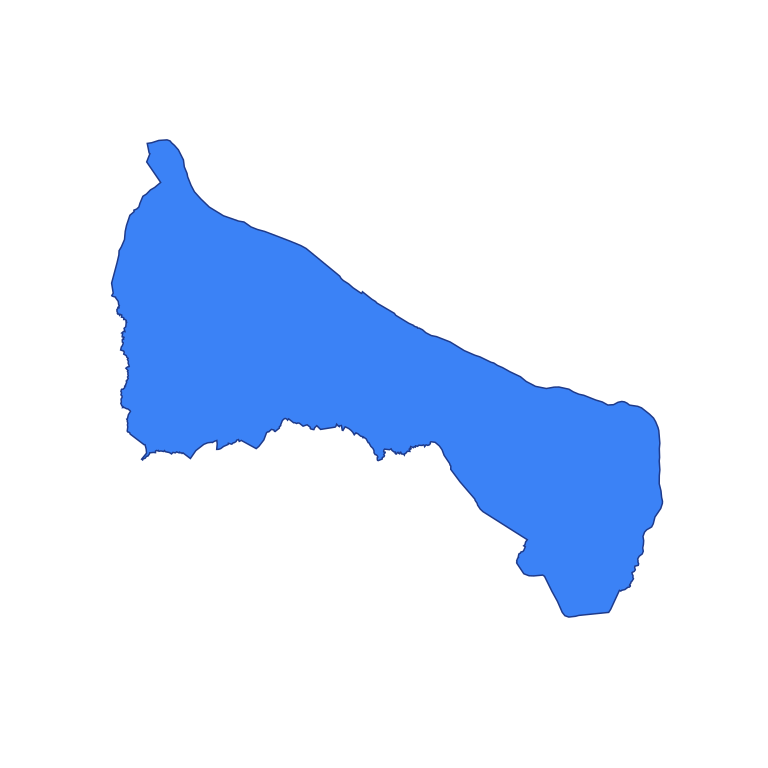 Ban Fang, Khon Kaen, Thailand, rotated 109°
{"feature_id": "78962969B10387092558373", "entity_name": "Ban Fang", "entity_type": "district", "adm_level": 2, "iso_a3": "THA", "parent_name": "Thailand", "parent_adm1": "Khon Kaen", "projection": "orthographic", "projection_center": [102.643, 16.502], "detail": "fine", "context": "isolated", "style": "filled", "palette": "blue", "viewbox_px": 768, "rotation_deg": 109, "n_neighbors": 0, "source": "geoboundaries", "source_scale": "gbopen_adm2", "svg_char_len": 6108}
<svg xmlns="http://www.w3.org/2000/svg" viewBox="0 0 768 768"><g transform="rotate(109 384 384)"><path d="M544.2,133.4L541.3,127.3L539.4,124.5L526.8,97.2L523.2,96.3L502.5,94.2L502.7,92.7L501.7,92.1L499.9,89.3L496.8,87.2L496.2,85.9L494.9,85.3L494.4,85.5L494.3,86.3L493.8,86.4L492.1,85.8L490.9,86.0L490.2,85.5L486.9,84.7L485.9,85.7L484.2,86.1L482.8,87.5L481.5,88.1L479.7,86.4L477.9,85.9L475.8,87.3L474.5,87.4L472.7,84.6L471.1,84.7L469.5,86.1L468.7,86.1L466.8,87.2L463.7,86.6L460.6,84.5L457.7,84.4L454.8,86.0L451.1,86.5L447.5,87.5L443.8,89.5L439.2,89.4L436.4,88.2L432.0,84.4L428.5,83.9L421.6,84.5L411.6,81.8L406.3,81.9L404.2,82.5L400.8,84.6L394.9,87.3L388.7,91.3L380.9,93.9L375.4,95.2L367.2,98.7L363.7,99.5L355.6,102.6L350.2,103.9L338.6,109.0L336.0,110.7L331.2,114.9L328.5,118.0L326.1,123.1L322.7,132.7L322.5,136.8L324.0,145.0L323.0,147.8L322.6,150.8L323.1,153.5L325.1,156.8L328.8,160.2L331.0,165.5L329.9,171.7L330.2,178.5L329.6,191.4L330.2,196.4L329.8,202.4L328.7,207.4L329.9,217.6L331.6,222.2L335.4,229.0L336.9,240.0L335.3,250.4L332.7,257.3L331.4,269.0L329.9,277.2L329.5,282.7L328.4,287.0L328.6,289.9L327.1,302.2L327.2,307.4L326.3,319.0L322.7,335.2L322.1,349.7L322.8,355.1L321.9,361.1L320.2,365.2L319.7,368.9L320.2,370.5L319.5,371.0L319.6,374.2L319.0,374.9L318.5,380.4L315.2,395.3L313.8,397.2L309.8,417.0L308.8,418.8L307.8,423.1L303.8,434.4L305.6,434.6L305.6,435.4L303.1,444.6L300.9,450.0L299.4,456.2L298.2,458.9L296.4,461.0L281.2,501.8L280.2,507.7L279.5,519.5L278.6,546.4L279.1,554.0L278.8,560.8L276.4,569.1L277.3,574.6L277.2,590.6L273.6,606.8L268.5,617.7L264.0,625.8L259.0,631.1L252.0,637.1L249.0,638.8L243.7,643.5L237.4,646.6L229.6,654.6L226.6,659.8L225.2,663.2L223.8,665.5L223.8,668.6L227.0,676.2L231.5,682.2L233.6,686.2L242.0,681.3L242.4,680.3L251.3,680.7L266.1,660.8L272.8,664.8L276.5,668.0L281.8,670.5L285.0,673.1L292.6,673.6L296.4,673.4L299.1,674.8L301.1,677.1L302.4,676.4L307.2,679.2L317.8,679.1L323.8,678.4L331.9,676.4L339.9,677.0L344.2,677.9L348.3,676.7L356.1,675.9L377.3,674.4L386.3,669.6L389.0,670.2L389.4,669.7L389.3,666.1L389.8,665.9L392.4,662.2L395.4,660.7L396.0,659.8L396.6,660.0L398.0,659.5L397.9,660.4L398.2,660.6L399.1,660.2L400.5,660.8L402.5,660.0L403.3,659.1L404.2,659.0L404.6,658.3L404.1,657.5L405.2,656.3L404.0,655.8L404.2,654.4L406.3,654.0L406.0,652.5L406.4,651.4L407.7,651.1L407.3,650.3L407.8,648.4L409.3,648.2L409.4,647.4L410.5,647.6L414.0,646.8L416.0,647.9L418.8,646.0L419.0,647.3L421.2,648.6L421.3,647.6L424.6,647.0L424.7,646.0L424.3,645.4L424.6,645.0L425.3,645.3L426.5,644.8L426.7,645.7L427.4,645.9L429.6,645.0L429.8,644.1L430.5,643.8L433.0,643.9L434.4,644.4L437.6,644.1L437.6,640.9L438.5,640.0L440.5,639.8L441.0,637.0L442.5,635.8L443.0,634.3L444.4,634.6L445.5,633.2L447.6,632.7L450.2,630.6L450.6,630.7L451.4,632.1L453.1,633.2L454.6,630.4L455.8,630.6L456.8,629.5L458.0,629.5L459.5,628.4L460.9,628.8L462.1,627.6L463.5,628.2L464.3,628.0L465.1,628.7L466.1,627.9L469.5,628.1L470.0,627.8L470.5,628.5L471.9,628.0L474.0,629.1L474.2,630.2L474.9,630.5L476.8,630.3L477.2,629.6L478.3,629.2L479.9,629.2L480.6,627.8L482.0,627.3L483.9,627.7L486.8,626.4L487.9,626.6L490.1,624.6L490.4,623.4L491.4,623.5L490.8,622.1L491.2,619.3L490.9,618.3L491.8,615.5L492.4,614.8L496.2,615.7L500.6,615.3L501.0,615.8L502.2,614.6L502.9,614.6L504.4,613.5L506.2,613.3L508.0,612.3L512.1,611.5L512.8,610.6L512.6,609.7L513.0,608.4L514.0,607.7L519.5,591.1L519.2,590.2L522.9,587.7L526.7,586.0L534.0,588.7L534.4,587.5L533.3,587.4L532.0,585.7L529.8,585.0L528.9,583.7L526.3,583.0L525.4,583.2L523.8,579.8L523.3,577.7L521.8,578.2L520.9,577.5L520.9,576.3L520.3,575.8L520.9,574.9L519.9,573.1L519.6,570.5L518.4,569.8L519.2,568.9L518.7,564.6L519.3,562.1L517.4,561.3L517.0,558.8L515.7,558.0L515.8,555.5L515.0,555.0L515.5,554.5L515.0,552.8L515.4,552.3L514.6,551.6L517.5,542.8L508.2,540.2L499.7,534.7L497.0,531.6L495.3,528.1L495.3,527.3L493.3,525.6L491.8,523.7L495.0,522.2L500.3,520.9L499.6,519.1L498.3,517.4L495.2,515.3L491.9,511.7L490.7,511.9L490.5,508.6L489.9,507.9L488.6,507.4L488.2,506.4L486.5,505.1L485.1,505.0L483.9,503.5L485.4,502.2L483.8,500.6L486.7,483.8L483.7,482.0L476.0,479.4L468.2,479.2L466.8,478.1L466.8,477.4L463.6,475.7L463.3,473.2L464.3,472.3L464.4,471.5L459.8,468.6L458.5,469.0L457.0,468.1L456.1,468.4L451.6,468.2L449.2,466.9L448.7,466.1L448.9,464.3L449.6,463.4L448.0,462.8L450.1,456.8L449.6,455.7L449.8,453.7L448.9,452.8L448.6,451.3L450.2,446.8L447.6,443.4L448.9,439.6L449.9,439.3L450.3,438.7L450.1,435.9L449.9,435.4L447.9,435.3L445.3,434.0L447.6,429.2L440.7,416.2L439.8,415.7L437.4,415.7L438.6,413.5L438.8,412.4L438.1,412.5L437.1,410.8L441.3,408.4L441.3,407.7L437.1,406.8L437.6,402.8L438.6,400.0L439.8,397.8L441.7,395.6L439.3,394.6L439.6,393.8L439.4,392.9L440.9,389.1L440.7,387.7L441.6,386.4L440.8,386.2L441.7,383.0L444.6,379.9L444.6,379.0L447.2,376.2L448.5,373.5L450.2,371.8L452.3,371.0L453.6,369.4L453.5,368.0L454.2,366.8L455.1,366.0L455.9,366.4L457.7,365.7L458.3,365.2L458.3,364.5L455.6,361.3L454.0,361.6L452.8,360.4L451.7,360.2L450.7,361.3L448.5,360.5L448.0,360.9L448.4,361.8L448.2,362.3L446.4,362.6L445.4,362.3L444.3,357.3L443.0,356.2L444.2,354.8L445.0,352.4L444.7,351.1L445.9,350.9L446.3,350.0L446.1,349.4L444.6,349.1L444.0,348.5L444.7,347.7L444.9,346.5L443.4,346.5L443.0,346.0L444.4,344.6L444.0,342.5L444.6,341.6L443.2,341.7L442.5,340.9L440.0,340.0L439.3,337.6L437.4,339.0L437.0,338.7L437.3,338.0L436.4,337.3L435.6,338.4L434.4,338.4L434.6,335.4L433.4,335.0L433.4,333.8L432.2,334.0L432.0,331.9L430.6,331.2L429.7,328.0L428.8,327.0L428.8,326.1L430.0,325.2L427.8,324.4L427.8,322.6L426.6,321.2L425.2,320.8L424.0,321.2L423.3,320.8L422.5,316.7L424.5,311.5L427.3,307.7L431.9,303.9L437.7,296.2L439.5,294.8L439.8,294.1L443.0,293.1L451.8,280.2L463.2,260.7L464.4,259.9L466.5,257.1L468.1,256.0L471.0,252.2L472.5,248.8L484.6,197.8L487.3,198.7L490.1,198.4L491.5,199.2L491.9,197.4L496.1,197.7L497.3,198.3L498.2,199.8L499.6,200.0L500.4,201.0L501.3,201.1L503.7,200.8L504.1,200.4L505.1,200.9L508.1,201.0L509.1,200.3L509.9,200.4L510.6,199.6L517.9,190.0L518.1,184.5L516.7,179.9L513.0,171.7L513.6,169.6L525.5,157.6L533.1,149.2L541.9,141.1L544.2,137.5L544.2,133.4Z" fill="#3b82f6" stroke="#1e3a8a" stroke-width="1.5"/></g></svg>